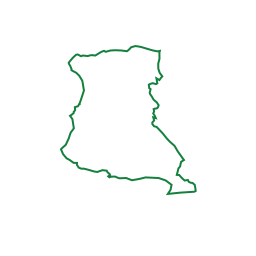 Sanquin Dist #3, Sinoe, Liberia (Natural Earth projection), rotated 327°
{"feature_id": "62588387B80156561530658", "entity_name": "Sanquin Dist #3", "entity_type": "district", "adm_level": 2, "iso_a3": "LBR", "parent_name": "Liberia", "parent_adm1": "Sinoe", "projection": "natural_earth1", "projection_center": [-9.294, 5.279], "detail": "fine", "context": "isolated", "style": "outline", "palette": "green", "viewbox_px": 256, "rotation_deg": 327, "n_neighbors": 0, "source": "geoboundaries", "source_scale": "gbopen_adm2", "svg_char_len": 2231}
<svg xmlns="http://www.w3.org/2000/svg" viewBox="0 0 256 256"><g transform="rotate(327 128 128)"><path d="M196.4,80.6L194.6,79.9L190.9,76.3L186.1,70.7L183.2,67.3L180.6,64.8L178.8,63.3L174.7,62.0L171.0,62.9L168.9,63.0L164.3,59.1L159.6,55.8L155.4,53.4L150.9,52.0L150.7,51.8L149.9,50.2L146.9,49.6L140.0,49.4L137.5,47.3L135.5,46.3L133.5,45.8L129.6,42.6L127.7,42.2L125.9,39.0L125.3,38.7L124.3,38.3L119.8,39.1L115.4,40.4L113.7,41.1L113.4,42.4L113.4,44.3L112.7,47.9L112.1,48.6L112.4,49.4L114.7,53.6L115.6,57.7L115.4,63.4L115.2,64.0L112.1,71.1L112.0,71.4L111.6,72.4L109.6,74.1L104.0,78.6L101.8,80.3L100.8,81.1L100.5,81.6L100.1,81.3L98.0,82.5L94.8,81.6L93.5,84.1L91.9,84.8L91.4,84.8L90.5,85.9L87.9,86.2L86.0,86.2L86.2,89.4L86.2,90.0L86.2,90.3L82.4,98.8L79.2,100.0L77.5,100.6L74.5,102.9L74.2,103.2L72.6,104.5L70.8,105.6L68.1,107.3L66.7,108.2L66.3,108.2L66.1,108.3L61.5,109.0L60.2,109.3L59.3,114.7L60.0,120.0L61.6,122.9L63.4,127.6L66.2,129.5L65.6,130.3L65.1,131.1L65.1,134.4L66.7,136.7L68.3,137.7L69.1,138.3L72.3,141.8L76.0,146.1L78.4,148.2L80.6,148.7L83.7,149.5L86.9,152.2L86.7,153.7L87.5,156.7L87.0,158.5L86.1,158.7L86.1,157.7L85.1,157.8L85.5,159.2L87.5,159.7L90.8,161.8L92.1,163.8L93.4,165.5L99.3,169.0L100.4,170.6L102.9,174.0L110.3,177.1L115.8,179.0L126.4,186.6L131.0,192.4L133.6,199.4L130.0,203.0L125.5,205.0L136.5,210.6L148.8,217.5L150.4,217.7L151.1,216.5L153.0,212.1L152.2,209.2L150.9,208.2L149.6,206.2L149.9,204.2L147.6,203.2L146.9,202.9L145.9,199.1L145.3,195.3L143.4,193.9L146.9,190.7L148.2,189.4L150.8,188.6L152.5,186.8L154.2,185.3L157.5,185.3L157.4,184.1L157.0,174.8L157.3,168.3L155.6,162.1L154.8,157.6L154.1,150.8L153.9,149.8L153.6,148.2L153.2,145.9L152.7,143.3L152.6,142.7L150.8,140.7L150.6,137.9L151.3,136.7L152.2,136.4L154.0,135.9L154.1,135.7L155.0,132.8L156.7,134.8L157.1,132.2L157.1,129.5L158.9,128.4L159.8,126.1L160.9,126.3L162.7,127.2L164.1,127.1L164.4,126.9L166.1,125.6L166.1,122.2L164.9,118.2L165.1,114.6L165.0,111.7L165.3,110.6L165.4,110.2L168.1,107.7L167.5,106.1L169.1,103.0L171.3,103.3L173.3,104.0L175.3,106.4L176.9,106.5L178.0,103.9L178.9,101.8L180.4,104.9L183.0,103.9L184.9,103.4L184.6,99.1L185.7,94.8L188.4,90.5L192.1,87.1L195.3,82.0L196.7,80.7L196.4,80.6Z" fill="none" stroke="#15803d" stroke-width="2"/></g></svg>